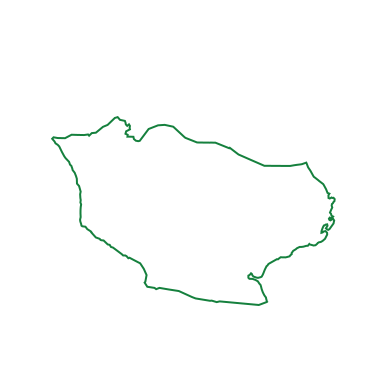 the district of Upper Niumi, North Bank, Gambia, rotated 49°
{"feature_id": "56634734B28238259284132", "entity_name": "Upper Niumi", "entity_type": "district", "adm_level": 2, "iso_a3": "GMB", "parent_name": "Gambia", "parent_adm1": "North Bank", "projection": "natural_earth1", "projection_center": [-16.326, 13.431], "detail": "fine", "context": "isolated", "style": "outline", "palette": "green", "viewbox_px": 384, "rotation_deg": 49, "n_neighbors": 0, "source": "geoboundaries", "source_scale": "gbopen_adm2", "svg_char_len": 3595}
<svg xmlns="http://www.w3.org/2000/svg" viewBox="0 0 384 384"><g transform="rotate(49 192 192)"><path d="M244.8,86.5L243.1,90.8L242.3,92.1L240.2,95.2L239.7,96.0L238.8,97.4L236.8,100.7L236.7,100.8L230.7,107.7L224.0,115.3L220.9,118.8L219.7,120.2L207.1,126.2L206.9,126.3L194.2,132.3L183.4,134.5L183.4,135.2L170.1,142.0L166.8,145.7L166.5,146.1L164.8,148.0L164.1,148.8L159.4,154.1L157.9,155.7L146.7,161.5L144.6,161.8L142.6,162.0L130.6,163.3L130.3,163.4L124.7,167.6L123.4,168.6L119.4,173.9L116.0,183.4L118.2,193.6L119.1,197.9L118.3,199.3L117.6,199.8L116.5,200.7L113.9,201.1L111.9,200.0L108.1,204.1L107.9,204.4L106.6,203.0L104.4,204.0L103.0,201.9L104.0,197.7L102.8,197.1L101.4,195.5L99.6,195.2L99.6,197.5L97.6,197.6L95.9,196.6L94.3,196.0L90.3,199.0L86.7,199.0L85.5,201.6L86.0,211.7L84.4,216.5L84.4,217.1L84.2,225.6L81.8,229.0L82.0,232.7L80.4,232.7L78.2,236.1L73.5,241.3L69.8,245.3L68.7,249.9L68.1,252.5L63.1,258.0L59.9,260.6L60.1,262.6L63.7,262.6L65.7,263.1L68.3,262.4L70.5,262.3L76.4,263.9L81.4,265.0L83.6,265.2L88.6,265.0L91.3,266.1L93.1,265.9L94.6,266.5L95.9,267.0L97.1,267.7L100.5,267.9L104.2,269.2L104.3,269.3L106.4,270.2L110.2,273.3L113.4,273.3L118.7,275.8L119.6,277.0L120.3,277.9L123.3,280.2L125.1,281.3L126.7,283.1L128.6,283.8L130.4,285.9L131.0,286.5L132.4,287.9L135.0,290.2L137.9,292.5L139.3,294.4L139.7,294.8L141.1,295.7L143.3,296.6L144.9,297.5L145.9,297.3L148.3,295.2L151.3,295.4L155.4,294.2L156.6,294.3L156.6,294.5L163.2,294.4L166.8,292.4L167.0,292.4L168.1,292.5L169.0,292.0L170.6,290.5L176.3,290.0L177.9,288.8L178.3,288.9L179.7,289.1L180.3,289.2L182.1,288.1L192.7,285.8L194.7,285.6L196.1,284.0L197.5,283.5L198.5,283.5L200.2,283.5L200.6,282.3L204.5,280.8L209.6,278.8L211.8,277.9L213.4,278.1L218.4,278.8L224.9,280.8L229.1,286.1L229.3,287.2L234.2,287.9L239.8,283.2L241.8,282.8L243.0,279.5L250.3,273.5L258.0,267.0L258.8,266.6L271.3,260.9L274.7,259.1L285.9,249.8L286.9,248.4L288.3,247.5L291.3,245.6L292.7,242.9L321.1,215.7L324.1,207.7L324.1,207.4L323.7,207.4L323.0,206.9L321.7,206.3L320.1,205.4L317.6,205.2L315.5,204.7L314.0,204.3L310.9,203.1L308.4,201.8L306.9,201.2L305.5,201.3L302.6,200.9L300.0,201.8L297.3,203.3L295.2,205.6L294.4,205.7L293.7,205.7L292.3,204.5L292.1,204.3L292.4,203.0L292.2,201.2L292.1,200.8L293.2,200.6L294.5,201.1L294.8,201.1L296.1,201.1L298.9,199.5L300.1,198.5L301.3,196.1L301.6,195.0L300.9,193.0L300.3,191.7L298.8,188.8L298.3,187.8L296.9,184.4L297.0,183.4L296.5,181.6L296.8,179.8L298.4,172.0L299.2,171.3L299.2,170.3L299.4,167.9L299.8,167.5L302.7,164.3L303.4,163.0L304.6,160.5L304.3,159.7L304.3,157.5L303.5,157.0L302.8,154.2L303.3,151.3L303.3,149.6L304.1,146.8L305.2,145.5L306.3,143.9L307.6,141.1L308.6,139.8L308.2,137.6L308.7,137.6L311.9,135.5L312.1,135.4L313.2,133.7L313.2,131.7L313.0,130.4L313.1,130.1L313.2,129.3L314.2,127.6L314.6,125.6L314.6,122.3L312.8,117.9L311.4,116.8L310.9,116.8L309.1,116.9L308.2,118.5L308.2,120.0L307.7,121.1L306.6,120.0L305.9,118.9L304.6,116.5L303.8,114.5L304.1,114.1L304.3,112.5L305.1,111.2L306.4,111.9L307.3,114.8L308.6,114.6L309.9,114.1L310.2,112.6L308.6,105.8L307.5,104.4L306.8,103.4L304.7,103.1L304.7,103.6L304.2,106.2L303.1,106.6L302.0,106.2L301.7,104.9L302.6,104.6L303.4,103.3L303.1,101.6L301.5,102.3L299.7,101.4L298.1,101.4L297.0,99.2L296.8,98.8L295.7,96.3L294.0,95.6L293.4,94.9L293.2,94.6L292.9,94.3L292.9,93.0L292.4,91.9L292.4,90.6L291.0,89.0L289.2,89.0L288.5,90.1L287.7,90.3L287.3,92.3L286.1,92.9L284.0,91.2L283.4,89.4L281.6,90.3L277.9,89.0L272.9,87.9L272.1,87.8L266.6,88.9L266.3,88.9L261.1,89.9L260.4,90.1L258.9,89.8L253.7,88.7L253.0,88.6L249.6,88.2L245.8,86.8L244.8,86.5Z" fill="none" stroke="#15803d" stroke-width="2"/></g></svg>